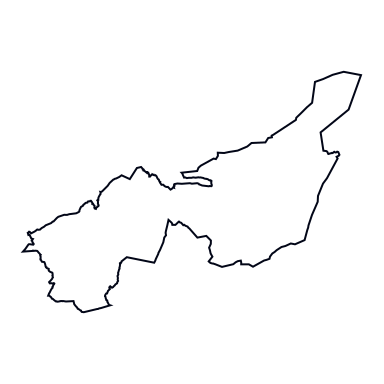 Gjesdal nor, Rogaland, Norway
{"feature_id": "86288312B75018184533449", "entity_name": "Gjesdal nor", "entity_type": "district", "adm_level": 2, "iso_a3": "NOR", "parent_name": "Norway", "parent_adm1": "Rogaland", "projection": "albers", "projection_center": [6.098, 58.831], "detail": "fine", "context": "isolated", "style": "outline", "palette": "ink", "viewbox_px": 384, "rotation_deg": 0, "n_neighbors": 0, "source": "geoboundaries", "source_scale": "gbopen_adm2", "svg_char_len": 5896}
<svg xmlns="http://www.w3.org/2000/svg" viewBox="0 0 384 384"><path d="M361.0,75.1L343.7,71.8L332.7,74.8L323.0,79.1L315.0,81.9L312.1,102.8L307.1,107.1L300.5,113.7L296.3,117.7L295.9,119.9L273.1,134.9L271.7,135.6L271.8,136.0L271.7,136.4L271.9,137.3L268.2,138.0L265.4,142.4L251.5,143.0L247.3,146.5L237.7,150.6L228.9,152.0L224.2,153.0L217.8,152.7L217.9,155.9L215.9,159.1L213.6,158.6L200.9,165.6L198.5,167.7L197.2,171.0L181.6,172.7L182.4,173.6L182.9,175.0L184.1,177.6L185.1,177.4L186.9,178.1L188.8,177.8L191.6,177.8L193.1,177.4L195.6,177.7L198.5,177.3L199.2,177.5L200.4,177.4L203.4,178.0L204.2,178.5L205.6,178.8L206.3,178.8L206.7,179.0L207.6,179.1L209.4,180.3L211.4,180.7L211.9,181.1L212.1,181.0L211.4,181.2L211.3,180.8L211.1,180.7L211.3,182.7L211.3,183.5L211.8,185.0L211.7,185.9L211.3,186.2L209.6,186.0L208.9,186.3L202.1,185.5L199.9,184.6L199.3,184.5L199.1,184.4L198.7,183.7L197.2,183.2L191.9,183.7L189.9,183.2L181.8,183.8L177.4,183.5L174.4,184.1L174.1,184.5L174.1,184.8L174.3,185.5L174.5,185.8L173.9,186.2L173.6,186.6L173.7,186.8L173.6,187.0L173.8,187.2L173.6,187.4L173.7,187.6L173.4,187.5L173.6,187.1L173.5,186.9L173.3,187.4L171.6,189.0L170.5,189.6L167.9,186.9L167.1,187.0L166.2,186.9L164.5,186.1L164.3,185.7L163.1,184.7L161.5,184.8L160.1,182.7L160.2,182.1L159.8,182.1L159.7,181.7L159.1,180.8L159.1,180.4L158.7,179.5L158.2,179.3L157.5,178.4L156.5,176.2L155.5,175.2L155.0,175.4L154.4,175.2L154.1,175.2L153.5,175.0L153.5,174.7L152.9,174.7L152.3,174.3L152.2,174.6L151.4,174.9L151.1,175.4L150.5,175.6L150.3,176.2L150.0,176.6L149.3,176.6L149.3,176.2L149.2,176.1L149.3,175.2L149.1,174.9L149.0,174.3L148.6,173.7L148.5,173.3L148.1,173.3L148.1,172.9L147.5,173.0L147.5,172.6L146.7,172.7L146.3,172.4L146.5,172.0L145.9,172.0L145.3,171.6L144.3,170.7L143.7,170.6L143.7,170.0L143.3,170.1L143.1,169.3L142.7,169.3L142.6,168.7L141.1,167.0L136.9,168.0L129.8,179.1L121.6,175.3L119.2,177.0L116.1,178.5L114.8,178.8L114.1,179.3L113.3,179.6L109.7,182.9L107.7,185.8L102.1,191.4L101.1,192.0L100.4,191.9L100.6,192.4L100.5,193.2L100.6,193.9L100.3,194.2L98.9,196.6L98.4,197.9L98.3,199.6L98.0,199.5L97.3,200.3L97.7,200.8L97.9,201.5L98.0,202.0L97.9,203.8L98.3,204.4L98.6,205.3L98.6,205.7L98.4,206.1L97.4,206.5L97.4,206.9L96.2,207.8L95.9,208.9L94.7,208.5L94.3,207.4L94.6,206.0L94.5,205.7L93.4,204.7L93.3,204.2L93.0,203.7L92.3,203.8L92.3,202.9L92.0,202.2L91.0,200.8L90.4,200.8L90.1,201.3L88.1,201.4L87.7,201.8L87.4,202.6L85.5,202.9L85.2,203.4L83.3,204.8L83.3,205.3L82.8,205.9L81.1,206.8L80.5,207.8L80.2,208.6L79.8,209.4L79.4,210.5L79.4,211.3L78.8,212.0L76.2,213.3L69.2,214.2L67.0,214.9L64.2,214.8L58.3,216.8L56.8,218.0L53.5,221.5L52.7,221.6L51.1,223.1L45.7,225.3L44.1,226.7L41.6,228.1L40.0,229.6L38.1,229.8L37.3,229.5L36.7,229.8L36.1,230.5L34.5,231.6L31.2,233.3L29.6,231.8L29.0,231.7L28.1,232.8L27.8,232.9L28.4,235.0L29.5,234.7L31.3,238.5L32.9,239.0L31.7,240.7L32.3,241.2L32.5,242.3L33.6,243.7L33.7,244.0L33.6,244.3L33.2,244.7L29.7,244.2L28.7,244.3L28.1,245.0L25.3,249.0L23.0,251.6L33.1,250.9L33.2,250.7L33.5,250.9L35.5,250.7L37.1,250.9L37.7,251.4L38.5,252.5L39.8,253.8L40.0,254.3L40.7,254.8L40.2,255.7L40.6,256.5L40.6,258.5L40.6,259.1L40.4,259.2L40.5,259.7L41.0,260.0L41.6,261.2L42.0,261.8L44.1,262.0L44.4,262.2L45.0,263.7L45.5,265.7L45.5,266.1L45.8,266.8L46.4,267.2L46.3,267.4L46.5,267.5L46.6,267.9L47.0,268.2L48.7,268.8L48.7,270.4L48.9,270.8L50.1,271.8L52.3,272.7L52.5,273.2L52.7,275.2L52.4,275.5L52.9,277.4L52.4,278.0L52.2,278.7L50.6,280.6L49.1,282.1L49.5,282.9L49.9,283.4L51.4,283.2L52.3,283.5L53.8,283.1L54.3,283.5L54.1,284.1L53.5,284.7L52.9,286.3L52.4,287.0L52.6,287.7L52.5,287.9L51.9,288.4L50.8,290.2L49.6,292.7L49.1,293.3L48.2,295.7L49.4,295.7L50.1,296.5L50.7,296.8L51.5,297.8L51.8,298.6L52.8,298.9L53.9,299.9L55.8,301.4L56.6,301.3L57.1,301.7L59.0,301.5L60.2,301.1L60.4,301.2L61.4,301.0L62.4,301.2L62.8,301.0L63.5,301.1L66.0,301.5L73.5,301.1L74.3,304.3L76.0,306.4L77.3,307.7L77.5,308.5L78.1,309.0L78.5,309.0L80.4,310.4L81.0,310.6L81.0,310.9L81.7,311.9L83.8,312.2L97.2,309.0L97.9,309.0L99.2,308.4L100.8,308.1L110.2,305.3L109.0,304.9L107.7,302.3L107.3,301.8L107.4,301.3L107.2,300.4L106.3,300.0L106.3,299.9L105.7,298.1L105.5,296.8L105.0,296.3L105.0,295.9L105.4,294.7L106.1,293.7L106.4,293.4L107.1,293.4L108.0,290.9L109.9,289.0L109.4,288.1L109.3,287.3L110.2,286.3L112.0,287.7L113.1,287.1L113.9,286.1L114.7,285.5L115.3,284.5L117.1,283.3L117.2,282.2L117.7,281.6L118.1,280.9L117.8,280.1L117.7,279.2L117.9,278.4L117.9,277.8L117.5,276.0L118.3,274.6L118.1,273.7L118.2,273.1L118.1,272.7L118.4,272.0L119.1,269.4L119.4,269.1L119.6,268.2L119.4,267.9L119.9,266.0L120.0,264.6L120.2,264.1L119.9,263.5L119.9,263.2L120.2,263.0L120.8,263.1L121.3,262.5L121.5,261.4L126.8,257.2L154.2,262.7L155.3,260.6L155.8,259.1L158.3,253.8L158.4,253.0L160.0,250.0L163.3,242.3L164.3,237.5L166.0,235.3L165.6,232.9L165.9,231.1L167.3,225.4L168.5,219.9L171.6,222.7L172.2,223.7L172.2,224.4L172.3,224.9L175.4,224.9L178.8,221.6L179.1,221.6L179.7,222.3L181.2,222.8L183.3,225.2L184.2,224.8L185.5,225.8L187.6,226.6L188.4,227.8L189.3,228.4L197.4,237.6L206.3,235.9L210.9,240.5L210.8,243.9L209.1,247.7L209.9,250.1L210.6,253.4L212.4,256.7L208.7,261.4L209.3,262.0L210.0,262.4L210.3,262.9L212.3,263.5L213.6,263.6L214.3,264.0L214.9,264.1L222.0,266.9L233.3,264.2L235.6,262.3L237.7,261.2L240.8,260.6L241.2,262.3L241.2,264.3L248.8,264.3L253.0,266.7L264.1,260.5L266.4,259.9L269.5,258.8L270.0,256.6L272.3,253.5L274.6,252.0L276.6,250.2L281.5,247.0L285.4,246.0L290.8,243.5L295.0,244.3L304.6,240.1L307.3,230.0L308.2,227.5L308.4,225.9L308.6,225.1L312.0,214.9L317.7,201.8L318.0,195.9L323.0,183.6L327.0,178.2L337.6,158.5L336.6,156.8L338.9,155.6L339.0,155.2L339.4,154.8L338.3,152.1L337.7,151.8L337.1,151.7L336.4,152.3L335.7,152.5L334.7,152.2L334.4,151.8L334.2,151.8L332.9,152.9L332.4,153.1L331.9,152.9L331.0,153.3L330.4,153.3L328.6,154.0L328.2,153.9L327.5,152.2L326.9,151.4L326.4,151.1L323.4,150.7L320.6,132.4L348.6,109.6L361.0,75.1Z" fill="none" stroke="#020617" stroke-width="2"/></svg>